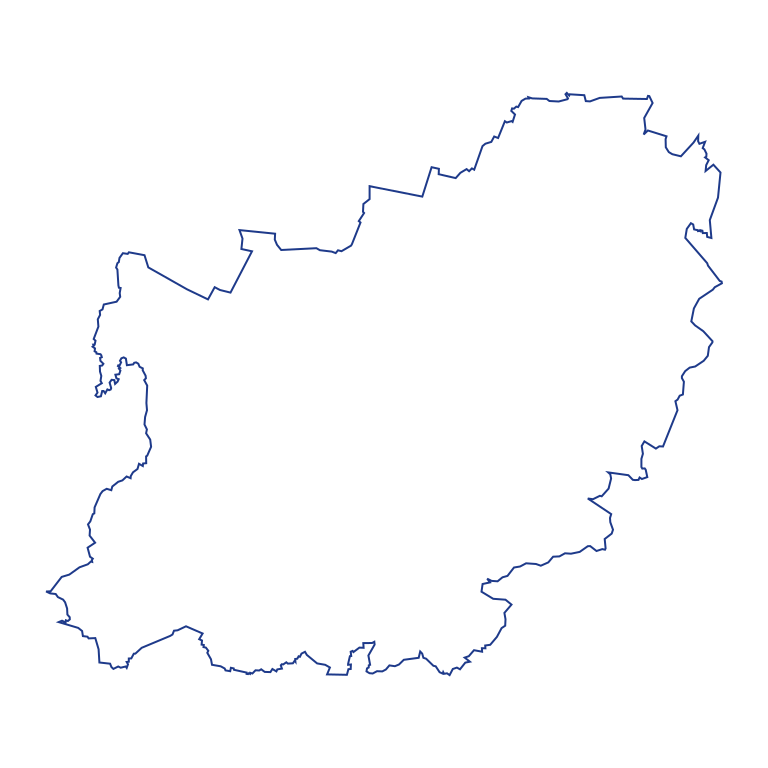 Encarnación de Díaz, Jalisco, Mexico
{"feature_id": "50627088B17242073021011", "entity_name": "Encarnación de Díaz", "entity_type": "district", "adm_level": 2, "iso_a3": "MEX", "parent_name": "Mexico", "parent_adm1": "Jalisco", "projection": "albers", "projection_center": [-102.263, 21.568], "detail": "fine", "context": "isolated", "style": "outline", "palette": "blue", "viewbox_px": 768, "rotation_deg": 0, "n_neighbors": 0, "source": "geoboundaries", "source_scale": "gbopen_adm2", "svg_char_len": 6049}
<svg xmlns="http://www.w3.org/2000/svg" viewBox="0 0 768 768"><path d="M122.9,253.2L119.5,257.9L118.8,262.1L117.4,263.2L116.1,267.6L117.4,269.5L118.4,285.4L118.9,287.7L120.6,288.0L119.7,293.1L120.2,296.8L116.6,301.7L103.8,304.5L102.5,309.4L99.7,311.0L100.1,314.9L97.8,319.3L98.4,326.6L93.7,339.0L95.5,340.7L94.7,344.5L93.3,344.6L93.8,345.6L92.6,346.7L95.0,348.4L94.6,351.3L96.3,352.2L96.5,353.6L100.5,354.2L101.3,355.3L101.8,357.2L100.1,357.9L100.4,360.8L103.4,363.8L102.2,365.5L99.8,365.9L100.0,371.6L101.3,375.9L100.5,380.9L101.8,383.2L95.8,386.9L97.5,392.6L95.5,395.4L97.5,397.0L100.9,396.3L102.2,391.0L103.6,391.0L105.2,393.3L107.4,389.4L109.1,390.2L110.7,389.5L111.2,388.1L109.6,382.6L111.6,379.8L114.3,380.1L115.1,383.9L117.6,381.6L118.7,379.2L116.4,378.3L115.4,374.7L119.2,374.2L120.4,370.6L119.0,368.7L120.2,368.0L117.9,366.1L118.3,365.3L119.5,365.7L121.1,362.3L120.0,360.8L121.4,358.3L123.7,357.4L125.9,358.6L126.9,365.2L133.2,364.4L134.2,362.8L136.1,362.4L138.3,363.7L139.6,366.8L142.8,368.4L142.7,370.3L145.6,375.7L145.9,378.3L144.2,380.1L147.2,385.6L146.4,403.0L147.0,410.2L145.1,417.0L144.5,424.5L146.9,429.4L146.1,433.3L150.2,439.6L151.1,446.8L147.2,455.7L146.1,456.4L146.2,463.2L143.1,463.5L142.8,466.0L139.0,463.8L137.5,469.0L133.0,472.3L130.8,476.0L130.6,478.2L126.6,476.5L122.4,480.4L118.2,481.8L112.3,486.5L111.3,490.2L106.7,488.8L102.6,491.1L100.4,494.0L94.6,507.4L94.3,513.4L92.8,514.2L90.3,521.4L88.0,524.4L90.0,529.6L89.6,535.6L95.1,542.7L87.6,547.7L90.0,556.7L92.8,558.7L91.9,559.9L92.2,561.9L90.9,561.5L87.8,564.3L79.5,567.3L69.3,574.6L61.7,576.9L50.6,591.3L46.1,591.5L50.2,593.4L55.7,594.0L57.9,597.1L63.1,599.6L65.1,602.3L67.1,608.5L67.4,614.6L69.7,617.2L69.8,619.4L67.9,621.0L65.9,620.3L65.6,622.4L62.0,620.7L58.7,622.1L78.2,627.9L82.1,631.0L82.9,636.1L87.5,636.7L88.6,638.4L95.3,638.1L98.6,649.3L99.4,662.5L110.1,663.7L111.4,667.0L113.4,668.9L118.2,666.5L120.7,667.7L125.7,666.5L126.7,667.9L128.0,664.3L126.7,662.0L128.8,661.7L128.8,658.5L131.3,658.4L133.8,653.7L135.4,653.6L141.7,647.8L170.2,635.9L172.5,634.5L174.0,630.7L177.6,630.3L186.0,626.3L202.6,633.5L199.2,639.2L202.0,640.5L201.6,644.6L203.8,645.0L203.5,647.1L205.9,647.6L208.3,650.8L207.3,652.8L211.0,659.3L212.0,664.8L220.7,666.3L224.7,668.5L225.5,670.4L230.2,671.2L230.9,667.8L233.7,668.4L234.0,669.8L246.7,672.6L246.6,673.9L248.1,674.1L248.8,673.3L250.0,673.9L250.2,672.8L252.4,673.5L255.5,670.3L259.2,670.5L261.2,669.3L264.7,671.9L270.4,672.1L272.4,669.0L276.4,671.4L277.3,669.4L281.9,668.6L280.8,665.3L281.9,664.2L283.1,664.5L286.3,662.3L287.8,663.6L292.9,663.3L294.7,660.7L295.4,661.6L295.2,659.0L297.3,658.7L298.6,656.3L299.9,656.8L301.5,653.6L305.0,651.8L306.8,654.9L317.1,663.4L325.2,664.8L329.9,667.5L327.1,674.4L346.9,674.8L348.4,669.2L350.7,669.0L350.9,664.5L348.1,664.8L348.1,663.9L349.9,656.2L351.2,656.0L350.7,651.7L352.6,650.9L353.4,652.1L359.4,647.6L363.6,647.8L363.3,643.1L372.1,643.0L374.3,641.8L374.6,644.6L368.4,655.5L370.1,664.8L368.8,665.3L368.7,667.5L367.0,668.4L366.5,671.4L369.5,673.2L372.7,673.5L377.0,671.2L382.3,671.4L385.9,669.5L389.4,665.4L394.9,666.2L399.0,664.5L403.8,659.8L418.7,657.8L420.2,651.5L422.2,653.6L423.4,657.8L426.1,658.7L433.4,665.8L435.7,666.3L439.6,672.2L442.7,673.6L443.2,672.1L444.1,673.8L447.0,673.3L449.6,675.1L452.8,669.0L456.9,667.6L460.0,669.3L465.3,662.6L469.9,661.7L464.7,657.6L468.8,656.2L474.0,650.2L482.1,651.7L481.9,648.2L485.4,648.3L485.2,645.5L490.2,644.8L496.9,636.9L501.6,628.1L505.2,625.7L505.5,619.2L504.4,612.9L511.5,604.6L505.5,599.7L493.2,598.8L481.5,591.7L482.6,584.0L490.0,582.4L487.2,578.7L491.6,580.9L497.6,581.3L502.5,577.3L507.5,575.9L514.0,567.5L520.1,566.5L526.1,563.3L536.0,564.0L540.8,565.7L548.3,562.4L553.1,556.7L559.4,556.4L565.0,553.3L571.0,553.7L579.7,551.9L587.8,546.2L590.2,546.1L596.5,551.0L602.3,549.1L605.0,549.7L605.6,548.4L604.7,539.0L611.7,533.6L613.0,529.7L610.3,522.2L610.0,518.0L611.2,514.1L587.8,498.5L593.0,499.2L599.9,495.8L601.7,496.3L608.6,488.6L611.1,478.5L610.3,474.3L608.2,472.4L628.4,475.2L632.8,479.8L635.0,480.1L638.5,479.9L639.6,477.5L641.9,479.0L647.3,477.1L645.7,469.7L644.7,468.4L642.3,468.6L641.4,467.0L641.4,458.9L642.9,453.8L641.7,446.0L644.4,441.4L655.9,448.6L659.3,446.3L663.0,446.5L677.5,410.2L675.4,401.2L677.6,399.6L679.7,395.7L682.9,394.5L683.9,381.7L681.9,378.1L681.9,376.2L685.2,371.1L689.7,367.6L695.2,366.5L703.7,360.8L707.8,355.8L709.0,347.1L712.4,342.4L712.5,341.2L703.3,331.2L695.1,325.4L691.3,321.4L693.9,308.4L699.2,298.8L712.8,289.7L714.8,287.2L721.9,283.3L721.6,281.6L719.7,280.9L708.0,265.6L707.2,263.2L685.3,237.9L686.8,228.9L690.9,223.2L693.2,224.5L694.1,229.4L697.6,230.2L698.3,231.9L698.3,230.4L700.4,231.3L700.4,230.2L702.4,230.7L702.8,233.1L706.8,233.0L707.2,236.9L711.4,238.0L709.8,220.1L718.0,197.6L720.5,172.5L713.4,164.7L705.6,171.0L706.2,165.1L708.7,160.2L705.1,157.4L706.3,156.6L706.5,153.7L704.4,149.4L702.7,148.1L705.1,141.8L699.4,143.8L698.1,141.2L698.3,135.6L693.5,142.6L680.9,156.3L672.3,154.2L668.8,152.1L665.8,147.3L665.6,139.1L666.5,136.3L647.9,130.5L643.7,134.5L645.5,129.5L644.2,118.0L652.6,103.0L649.3,96.1L648.0,95.9L646.9,99.0L623.1,98.6L621.7,96.5L599.7,97.9L590.0,101.4L585.8,101.1L584.3,95.2L569.7,94.3L569.2,95.5L566.8,92.9L565.5,94.2L568.0,98.4L567.5,99.2L558.7,101.5L549.4,101.0L546.7,98.9L532.2,98.4L528.4,97.2L528.9,98.5L525.5,98.6L521.6,100.9L518.1,107.1L516.3,106.6L513.9,108.7L512.1,108.4L511.3,110.9L515.0,114.5L512.6,121.9L511.6,121.1L506.8,122.5L504.9,121.2L498.1,138.0L494.2,136.5L491.3,141.9L485.4,143.7L482.5,146.1L474.2,169.7L471.9,168.4L469.1,171.2L466.6,169.1L460.4,172.8L455.7,178.1L438.7,174.2L438.9,168.8L431.6,167.2L422.3,196.6L369.6,186.2L369.6,199.1L363.4,204.0L363.0,211.8L364.1,213.0L358.8,221.1L360.5,222.5L352.0,244.0L351.1,245.6L341.5,251.2L338.0,250.3L335.7,253.1L331.7,251.6L319.9,250.2L316.4,248.2L281.2,250.0L277.0,244.8L274.8,239.6L275.1,233.7L239.5,230.1L242.5,238.6L241.4,249.0L252.0,251.3L230.5,292.6L220.0,290.0L214.7,287.2L208.0,299.4L187.0,289.3L148.3,267.4L144.5,255.2L128.9,252.3L127.7,253.9L122.9,253.2Z" fill="none" stroke="#1e3a8a" stroke-width="2"/></svg>